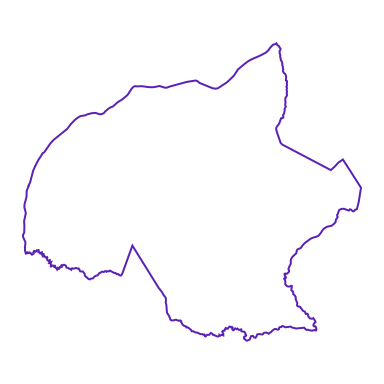 the district of Mueda, Cabo Delgado, Mozambique
{"feature_id": "85939544B28759712944697", "entity_name": "Mueda", "entity_type": "district", "adm_level": 2, "iso_a3": "MOZ", "parent_name": "Mozambique", "parent_adm1": "Cabo Delgado", "projection": "natural_earth1", "projection_center": [39.255, -11.566], "detail": "fine", "context": "isolated", "style": "outline", "palette": "violet", "viewbox_px": 384, "rotation_deg": 0, "n_neighbors": 0, "source": "geoboundaries", "source_scale": "gbopen_adm2", "svg_char_len": 5911}
<svg xmlns="http://www.w3.org/2000/svg" viewBox="0 0 384 384"><path d="M25.8,253.6L26.8,253.4L27.3,252.4L28.4,253.1L29.2,252.7L29.4,251.7L29.8,253.0L31.2,253.5L31.3,254.1L32.0,254.7L33.7,253.6L33.8,253.1L33.3,252.3L33.9,251.1L34.4,250.9L35.5,251.8L36.0,251.5L36.7,250.3L38.6,250.1L38.7,251.0L38.3,251.9L38.4,252.2L39.3,252.2L40.0,252.7L40.1,253.5L40.9,253.7L41.3,252.6L41.9,252.3L42.3,254.1L43.5,254.1L43.5,254.5L42.4,255.0L42.5,255.7L43.0,255.8L43.6,255.3L44.2,255.5L44.2,255.8L43.7,256.5L44.9,256.6L45.6,257.5L47.1,257.1L47.3,257.7L47.0,259.4L47.6,260.4L49.1,261.2L49.3,260.2L49.8,260.1L49.9,261.8L49.1,263.1L49.7,263.2L51.0,262.5L50.6,263.5L51.0,265.2L50.7,266.1L51.0,266.5L51.7,266.0L51.9,265.4L53.2,265.6L53.9,266.5L54.9,265.8L55.2,266.3L54.8,267.2L56.2,268.1L57.1,269.5L57.7,268.1L58.4,268.9L59.0,268.9L59.6,268.2L59.6,267.2L60.6,266.5L61.3,267.0L61.7,266.9L61.3,265.8L61.5,265.2L62.3,265.1L62.8,265.4L64.0,264.7L65.8,265.6L66.6,267.7L67.9,267.8L68.8,268.7L69.9,268.7L71.3,269.7L71.5,268.9L72.1,268.3L73.7,268.7L76.0,267.9L77.8,268.7L78.6,268.5L79.2,269.0L79.6,270.4L80.3,271.4L82.9,271.5L84.6,273.8L84.8,275.4L86.1,277.0L87.2,277.5L87.6,278.3L88.7,279.1L89.9,279.4L90.7,278.7L92.9,278.4L94.1,276.9L96.0,275.7L97.5,275.4L99.5,273.0L100.7,272.6L101.6,271.8L102.5,271.7L103.7,272.0L105.1,271.1L106.4,271.8L106.9,271.2L109.0,271.4L109.9,270.6L113.7,272.7L115.5,273.0L116.7,274.1L117.5,274.0L118.6,274.3L119.1,275.1L120.5,275.6L121.1,275.4L122.3,273.6L132.4,245.6L158.6,287.8L162.0,292.1L163.4,294.7L165.7,297.7L166.0,300.2L165.7,302.3L166.4,305.3L166.9,312.1L167.4,313.4L169.4,316.5L170.4,319.6L171.4,320.4L173.2,320.4L175.9,319.7L178.3,320.7L179.0,320.5L179.8,320.8L180.4,320.5L181.3,321.3L181.2,322.3L182.9,325.0L184.3,326.0L185.8,326.3L186.4,327.5L187.5,327.3L188.7,327.9L190.0,329.2L190.8,329.6L191.7,331.2L193.4,331.3L194.8,332.2L197.9,332.9L200.4,334.1L202.7,334.2L203.4,334.8L204.4,334.6L204.8,336.1L205.3,336.5L205.8,336.3L206.4,335.3L207.2,334.8L209.3,334.8L210.7,333.0L212.3,333.7L213.3,335.1L214.4,335.1L216.7,336.3L218.4,336.5L219.1,336.0L219.3,334.9L220.2,335.7L221.4,334.8L223.3,335.4L223.3,333.7L222.2,331.6L222.7,330.9L224.4,330.7L224.6,329.9L225.5,329.3L225.3,328.5L225.7,328.0L227.8,328.7L229.4,326.6L230.0,326.6L230.9,327.3L231.8,326.9L232.6,327.6L232.2,328.9L232.3,329.5L233.2,330.3L233.9,330.0L234.8,328.5L235.2,328.4L236.8,329.2L237.5,328.6L239.1,330.0L241.2,329.4L241.4,331.3L244.4,331.8L245.4,333.3L245.4,334.6L246.0,334.9L246.2,335.4L245.7,336.1L244.0,337.0L243.9,338.1L244.2,338.8L244.8,339.1L245.8,340.2L247.0,340.7L249.7,339.5L251.0,336.2L252.9,335.9L254.1,337.4L255.5,337.8L256.3,336.8L257.2,334.5L259.0,334.0L262.3,334.5L263.0,334.1L263.6,333.1L264.4,332.7L266.3,332.6L268.7,333.7L269.6,332.8L271.1,332.1L272.2,330.7L274.5,329.1L276.0,329.0L277.7,329.7L278.3,329.6L278.9,329.2L279.1,327.8L279.6,327.2L281.2,327.1L281.7,326.4L282.5,326.0L285.6,327.3L290.4,326.6L292.1,327.5L296.2,328.5L304.2,327.7L305.6,329.3L306.5,329.9L307.9,329.7L309.2,330.2L312.1,330.7L314.3,330.0L316.0,330.5L316.2,330.4L316.4,329.2L316.1,328.8L316.1,327.7L315.6,326.6L315.3,326.3L314.1,326.4L313.4,325.6L313.5,324.6L314.2,323.2L315.5,322.2L315.3,321.3L313.9,318.9L313.2,318.2L312.8,318.6L311.2,318.7L309.9,318.3L308.4,316.7L307.8,314.1L307.2,313.7L305.8,314.0L304.9,311.7L302.8,310.7L301.5,308.7L300.6,307.9L300.3,306.9L298.0,306.4L297.3,305.9L297.0,305.3L297.3,303.1L295.7,299.2L295.7,296.9L294.6,295.3L293.3,294.2L293.3,292.9L292.7,291.2L291.7,290.7L291.3,290.1L291.9,286.2L291.6,285.8L291.4,285.8L291.4,286.5L290.7,286.2L288.8,286.6L287.6,286.4L286.4,285.6L285.2,284.2L285.4,282.6L285.1,280.3L284.2,278.8L284.6,278.1L285.4,278.4L285.9,277.7L285.5,277.3L285.6,276.5L284.8,275.8L284.9,275.0L284.5,274.0L285.1,273.5L286.5,273.8L287.3,273.5L289.1,271.6L289.1,270.6L288.4,269.1L289.1,267.1L290.8,263.6L290.7,261.4L291.0,259.3L292.4,256.9L296.3,253.2L296.9,250.2L297.4,249.5L300.9,247.9L302.2,245.8L304.7,243.1L310.1,239.1L312.0,238.0L316.4,236.7L318.4,235.9L320.9,232.8L322.4,230.3L324.3,228.3L327.2,226.7L331.5,225.8L334.0,223.8L335.4,222.4L336.1,219.3L337.4,217.7L337.6,216.7L337.1,215.9L337.2,214.8L338.0,213.6L338.5,211.5L339.5,209.7L342.2,208.8L344.0,208.8L348.6,210.5L349.1,210.4L349.9,209.3L350.5,209.3L353.0,211.4L354.4,210.9L354.8,209.9L356.9,209.1L358.7,202.0L361.0,187.7L342.9,159.5L338.4,162.6L334.7,166.6L330.8,170.1L282.3,144.6L280.7,143.0L277.2,133.0L276.2,129.4L276.2,128.4L276.5,127.2L279.2,123.5L281.1,118.2L282.7,118.1L283.4,117.4L283.0,115.1L284.0,113.7L284.6,110.8L284.7,108.7L285.8,106.5L285.3,105.6L285.2,104.1L285.6,102.4L285.2,100.4L285.5,97.7L286.6,96.2L287.0,95.1L286.7,92.8L287.0,91.7L286.6,89.8L287.0,88.0L286.4,86.7L287.1,85.3L286.7,83.4L287.1,81.9L286.9,81.0L286.0,80.6L285.8,80.0L286.2,77.3L286.0,75.9L285.0,73.7L283.8,72.9L283.1,71.4L282.9,70.2L283.3,69.2L282.8,68.0L282.9,66.7L282.3,65.3L282.3,63.3L281.7,61.3L280.8,60.3L280.8,58.7L280.2,57.3L280.3,55.2L279.6,52.7L279.6,50.9L280.4,50.0L280.5,48.6L279.4,47.2L279.2,46.4L277.4,45.1L276.4,43.3L275.4,44.1L274.2,44.3L272.6,45.1L270.1,47.8L268.4,50.3L265.7,52.7L259.7,55.8L252.3,59.0L248.5,61.0L245.3,63.3L238.0,69.4L233.9,75.7L227.1,82.2L217.8,88.3L215.6,88.7L212.5,88.2L199.7,83.0L197.2,81.0L195.7,80.5L186.9,81.9L169.9,86.5L166.7,87.7L164.9,87.7L159.6,86.0L153.4,87.2L149.6,87.2L141.6,86.2L136.4,86.4L135.0,86.1L133.4,86.9L131.7,88.6L127.6,94.9L126.1,96.2L122.1,99.5L117.6,102.3L112.9,106.5L109.7,107.8L108.3,108.8L105.3,111.3L103.8,113.2L101.1,114.3L99.5,114.2L95.5,112.9L91.8,113.2L87.3,114.3L85.7,115.2L80.5,116.1L78.3,117.3L75.0,119.8L70.9,124.0L67.2,128.9L53.7,139.8L50.4,143.4L44.2,152.3L42.5,153.3L41.2,155.7L38.4,159.9L35.5,165.5L33.2,170.6L30.1,182.4L28.4,185.8L28.7,186.0L26.7,190.8L26.5,197.0L24.5,204.4L24.4,207.7L25.4,211.2L25.8,213.3L24.1,221.0L24.4,226.2L24.2,232.5L23.0,235.1L23.0,236.0L23.3,237.5L25.3,241.9L25.4,243.2L24.9,248.0L25.1,250.9L25.8,253.6Z" fill="none" stroke="#5b21b6" stroke-width="2"/></svg>